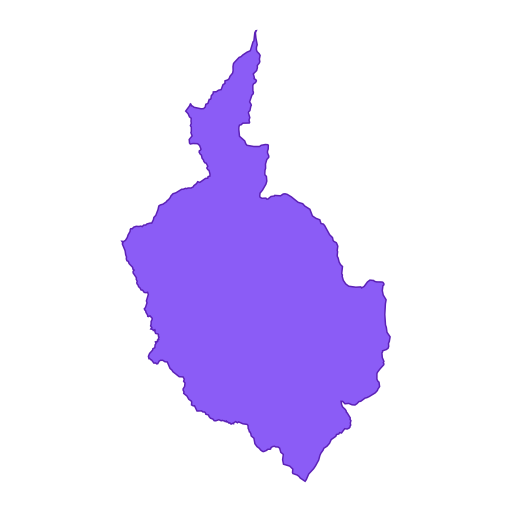 the district of Mallama (Piedrancha), Nariño, Colombia
{"feature_id": "7082276B67820358645790", "entity_name": "Mallama (Piedrancha)", "entity_type": "district", "adm_level": 2, "iso_a3": "COL", "parent_name": "Colombia", "parent_adm1": "Nariño", "projection": "natural_earth1", "projection_center": [-77.865, 1.189], "detail": "fine", "context": "isolated", "style": "filled", "palette": "violet", "viewbox_px": 512, "rotation_deg": 0, "n_neighbors": 0, "source": "geoboundaries", "source_scale": "gbopen_adm2", "svg_char_len": 6075}
<svg xmlns="http://www.w3.org/2000/svg" viewBox="0 0 512 512"><path d="M305.1,481.3L306.3,479.6L308.7,474.0L313.6,468.7L315.6,465.7L318.7,460.0L319.9,455.4L320.9,453.2L323.1,450.1L323.8,448.3L327.0,446.2L329.5,443.3L331.2,439.6L335.8,436.3L336.5,434.5L338.8,434.0L339.6,432.6L341.5,433.0L344.7,428.7L347.2,429.0L349.1,428.1L350.0,427.0L350.1,425.9L350.7,425.1L350.3,423.1L350.9,420.6L350.1,419.5L350.2,417.8L347.2,412.9L346.4,412.2L346.3,411.2L345.4,409.6L342.5,406.8L341.6,404.5L341.1,401.3L342.7,401.4L345.0,403.8L348.7,403.4L352.0,404.8L355.0,405.0L357.0,403.6L358.9,401.6L360.7,401.3L365.2,398.0L366.8,397.7L369.3,396.5L375.3,392.8L377.4,390.5L377.8,389.3L379.6,386.5L379.0,382.2L378.0,381.4L376.9,379.3L376.9,373.6L377.5,372.2L380.2,368.7L383.8,364.7L383.8,363.6L383.3,362.7L383.9,361.4L382.3,357.6L381.9,353.0L382.6,351.8L382.6,350.8L386.4,349.5L388.1,348.2L388.7,346.4L388.5,343.4L389.3,341.5L390.1,336.8L387.0,332.3L386.3,327.3L385.5,325.0L384.8,314.5L385.4,303.8L386.1,299.8L383.2,295.0L382.3,290.6L382.9,285.8L383.9,284.8L383.9,283.8L383.1,282.5L382.1,282.0L376.5,281.9L374.4,281.3L373.7,280.5L369.9,280.1L367.4,282.0L364.1,286.5L361.6,287.9L360.8,286.9L355.8,287.2L348.7,286.2L345.7,283.9L343.3,280.4L342.2,276.4L342.4,275.0L341.7,273.7L342.5,266.5L340.5,264.6L339.1,262.0L338.1,257.9L337.4,256.7L337.2,255.3L337.6,251.7L337.2,250.5L337.8,246.2L336.9,243.9L336.3,242.7L333.9,241.4L333.1,240.5L332.5,237.6L329.6,234.7L324.7,225.7L323.4,224.1L321.0,223.5L319.8,219.8L315.9,218.3L312.4,215.9L309.9,209.3L304.7,206.0L302.7,203.7L298.1,202.3L291.4,196.9L287.1,194.3L285.0,193.8L283.2,194.0L280.6,195.8L274.7,195.4L274.3,196.0L271.0,196.5L267.8,199.1L266.6,199.0L265.9,198.1L261.8,198.3L260.1,197.2L259.7,196.2L260.0,193.2L262.5,190.1L265.9,184.2L266.8,181.1L266.4,176.4L264.9,174.8L264.8,173.5L265.0,170.2L265.6,168.3L265.5,164.0L266.8,159.5L268.7,157.4L268.8,156.1L267.5,152.9L267.5,151.0L268.2,149.0L268.3,145.3L267.8,144.7L265.3,144.5L261.2,145.3L259.5,146.5L253.8,146.5L247.0,145.3L245.8,143.8L244.7,140.9L239.5,136.3L238.8,129.4L238.9,126.9L239.5,125.1L241.1,124.8L242.8,123.2L249.3,123.0L249.6,122.3L249.0,120.0L249.8,117.6L248.4,112.8L248.7,111.7L249.9,110.6L250.8,106.3L251.3,105.3L251.0,104.2L249.6,101.9L251.9,95.1L253.2,93.8L253.4,92.1L252.9,91.0L252.8,85.5L253.5,83.9L255.5,82.6L256.4,80.9L255.8,79.6L254.1,78.7L254.3,77.5L253.3,73.9L256.6,70.6L257.4,67.7L257.3,65.5L259.3,63.0L259.8,61.7L259.4,59.0L260.1,55.4L259.2,53.8L257.0,51.5L256.4,49.6L256.5,47.0L257.2,44.8L255.9,37.9L255.4,32.7L256.3,30.7L255.8,30.8L254.8,32.8L253.9,40.9L253.0,41.9L250.5,50.2L250.0,50.9L247.1,52.1L242.9,54.9L241.0,56.7L239.1,57.4L234.2,62.6L233.5,63.6L233.0,66.5L233.1,70.8L232.6,73.1L230.0,76.3L229.1,78.7L227.7,79.9L225.0,80.8L224.9,83.5L223.0,84.6L221.2,89.6L218.5,90.2L216.4,91.7L213.3,91.9L213.1,93.6L211.3,95.7L210.9,98.7L210.4,99.3L209.2,99.4L207.9,103.4L205.8,104.3L205.2,107.1L203.6,108.6L201.2,108.8L194.1,107.3L192.2,105.9L191.4,105.9L191.0,104.3L190.4,103.9L189.4,106.1L185.7,111.1L188.1,113.7L189.5,116.9L191.2,118.3L191.0,121.2L191.3,123.3L190.4,125.7L191.3,127.1L191.3,131.3L190.9,132.6L192.1,135.9L189.2,139.5L189.5,143.0L190.3,144.0L192.9,143.5L197.6,143.7L199.6,145.5L201.0,149.2L200.3,150.4L199.4,150.7L199.1,152.1L200.2,154.1L201.4,155.1L202.1,158.3L203.5,160.0L203.7,161.1L204.9,162.8L206.2,163.2L207.8,166.2L206.8,168.0L207.9,169.7L209.0,170.4L210.0,174.1L209.9,176.1L208.1,176.6L207.7,178.2L205.5,178.4L199.8,182.4L197.7,181.7L196.5,183.6L193.9,185.6L193.3,186.8L191.1,188.0L188.1,188.0L186.7,188.6L185.5,188.3L183.1,189.3L181.8,189.2L175.7,192.9L173.0,193.7L170.9,196.0L170.2,197.6L168.5,199.7L167.1,200.6L166.6,201.6L163.1,204.1L160.2,205.0L158.8,206.0L158.0,209.6L155.8,215.4L153.9,217.4L153.3,220.0L151.7,223.1L150.0,223.1L146.8,224.0L145.8,225.0L143.7,225.1L142.2,226.6L140.8,226.1L139.0,226.5L136.2,226.3L133.6,227.2L132.3,228.7L130.8,228.7L130.3,229.4L130.1,231.4L128.1,234.9L127.3,237.4L125.5,240.3L123.7,241.5L121.9,241.3L122.9,242.9L122.3,243.9L125.1,250.7L125.7,254.8L126.5,256.9L126.3,258.9L126.9,260.7L128.3,261.4L129.1,263.6L132.6,267.3L133.0,269.3L134.1,270.1L133.1,271.4L133.1,272.9L136.4,277.8L136.2,279.2L137.2,281.3L136.8,282.7L137.0,283.8L137.9,284.8L138.6,286.7L140.1,288.1L141.1,290.0L142.6,290.2L144.2,292.4L146.0,292.7L147.6,292.3L148.3,294.5L146.4,300.9L147.0,302.9L145.4,307.6L144.3,308.8L144.8,310.0L145.6,310.7L146.0,312.4L147.6,315.1L147.7,316.3L148.3,316.6L150.0,315.9L152.2,318.3L152.1,319.5L151.1,321.5L151.1,324.2L150.6,325.9L151.8,327.4L150.8,329.0L152.7,329.4L153.3,330.5L154.8,329.7L155.1,330.5L154.8,331.2L155.6,333.4L158.0,334.0L158.5,334.7L158.3,335.9L159.0,337.2L158.4,338.3L158.7,339.4L157.6,339.9L157.8,341.0L157.4,341.7L156.9,341.9L156.6,341.5L155.4,341.9L156.0,343.4L155.1,344.8L154.8,347.7L152.9,348.7L152.6,350.1L149.6,353.4L148.4,356.3L148.9,358.6L149.6,358.4L150.6,359.7L151.4,359.8L153.9,363.1L155.7,363.0L156.7,363.9L157.7,363.7L159.2,361.1L160.5,360.3L162.8,360.3L164.8,361.7L167.3,362.0L170.0,368.4L172.0,370.2L172.9,371.7L179.2,376.7L183.0,376.9L184.3,379.1L183.6,381.3L185.0,383.0L184.6,386.5L183.1,388.9L183.1,390.1L184.0,391.9L183.7,393.4L187.0,396.1L188.8,399.3L191.2,401.0L191.7,402.0L191.5,404.9L193.3,405.9L194.5,405.8L197.0,411.0L201.6,410.9L202.9,412.0L204.6,412.0L205.4,412.8L205.8,414.2L208.5,415.0L209.1,416.6L210.5,418.2L212.9,419.1L214.2,420.7L215.8,420.8L218.9,419.7L221.2,420.8L222.1,420.4L224.6,421.0L225.2,421.6L226.4,421.1L226.7,421.9L227.4,421.8L229.0,423.1L229.7,422.8L231.1,424.1L232.5,423.4L233.5,423.7L233.5,423.1L235.7,421.6L237.4,422.8L238.6,421.9L242.9,423.8L247.1,424.4L248.0,425.4L248.2,428.6L248.7,429.3L249.4,431.8L249.9,431.9L250.8,433.6L251.2,435.9L253.9,438.2L254.9,443.7L257.0,446.6L259.4,448.4L260.6,450.0L262.5,451.4L263.6,451.6L266.8,450.3L267.1,449.7L267.9,449.3L270.2,449.2L270.7,448.8L271.0,447.6L272.8,446.5L274.6,446.3L275.7,446.9L278.0,447.0L279.6,448.1L280.8,452.3L283.3,454.4L282.6,459.8L283.5,464.2L289.7,466.1L292.8,469.1L292.5,472.5L292.9,473.5L297.3,475.1L299.1,476.5L300.2,478.0L305.1,481.3Z" fill="#8b5cf6" stroke="#5b21b6" stroke-width="1.5"/></svg>